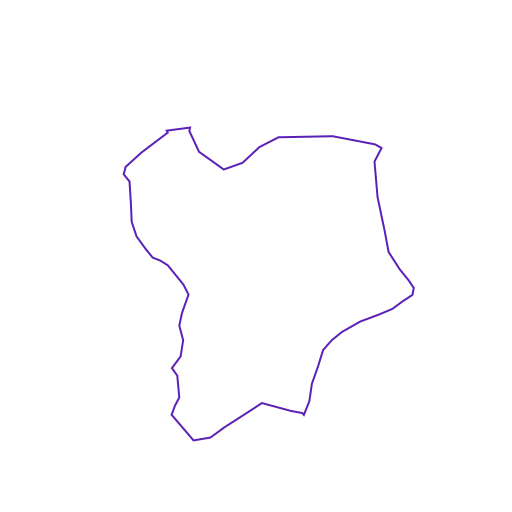 an SVG outline of Bogdanci, rotated 231°
{"feature_id": "MKD-2996", "entity_name": "Bogdanci", "entity_type": "Statistical Region", "adm_level": 1, "iso_a3": "MKD", "parent_name": "North Macedonia", "parent_adm1": "", "projection": "orthographic", "projection_center": [22.578, 41.189], "detail": "fine", "context": "isolated", "style": "outline", "palette": "violet", "viewbox_px": 512, "rotation_deg": 231, "n_neighbors": 0, "source": "natural_earth", "source_scale": "10m", "svg_char_len": 943}
<svg xmlns="http://www.w3.org/2000/svg" viewBox="0 0 512 512"><g transform="rotate(231 256 256)"><path d="M397.3,285.6L395.2,282.9L372.8,277.3L343.5,285.4L336.9,304.2L338.5,327.2L334.1,348.2L300.9,390.9L267.8,418.8L260.9,421.5L260.6,420.8L254.8,407.5L225.4,387.6L194.2,371.6L175.8,361.6L155.1,359.3L141.1,359.3L131.9,358.5L127.3,353.1L128.5,341.6L129.1,328.6L133.1,314.8L139.5,295.7L142.9,275.0L142.9,262.0L140.7,249.0L131.0,234.5L121.6,219.1L109.6,206.1L102.4,193.2L104.8,193.2L113.4,185.8L125.2,177.3L138.0,168.0L139.4,154.0L142.8,123.2L143.6,106.3L152.0,91.4L185.7,90.5L190.7,98.9L194.3,107.3L212.5,119.5L221.8,120.1L225.4,134.2L236.4,146.4L250.2,152.6L258.2,162.5L268.5,179.3L279.5,181.6L294.5,181.6L304.3,181.6L312.9,178.6L319.8,174.7L331.4,174.7L346.4,175.5L360.8,180.9L375.1,191.5L393.5,204.6L402.7,204.6L407.3,210.7L408.5,232.1L407.9,251.3L407.4,265.0L409.6,265.5L397.3,285.6Z" fill="none" stroke="#5b21b6" stroke-width="2"/></g></svg>